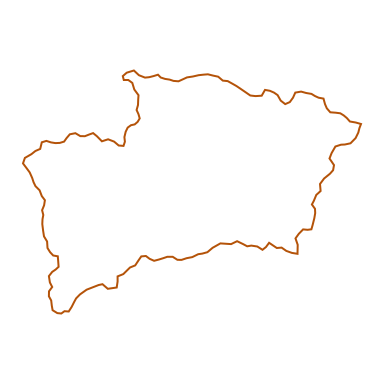 Tombos, Minas Gerais, Brazil (Albers equal-area conic projection)
{"feature_id": "56859067B96158848601307", "entity_name": "Tombos", "entity_type": "district", "adm_level": 2, "iso_a3": "BRA", "parent_name": "Brazil", "parent_adm1": "Minas Gerais", "projection": "albers", "projection_center": [-42.069, -20.891], "detail": "fine", "context": "isolated", "style": "outline", "palette": "amber", "viewbox_px": 384, "rotation_deg": 0, "n_neighbors": 0, "source": "geoboundaries", "source_scale": "gbopen_adm2", "svg_char_len": 2501}
<svg xmlns="http://www.w3.org/2000/svg" viewBox="0 0 384 384"><path d="M68.7,311.5L71.6,307.0L74.2,301.9L76.1,298.4L80.0,294.4L86.6,289.7L98.7,285.0L102.5,284.2L107.8,288.8L116.7,287.5L117.6,281.5L117.6,276.4L123.3,274.1L130.0,267.5L135.2,265.4L138.7,260.1L141.3,256.4L145.9,256.0L149.6,258.8L154.1,260.8L159.0,259.5L163.2,258.2L167.3,256.8L172.7,256.8L177.4,259.8L181.5,259.9L186.6,258.2L192.3,257.1L198.2,254.2L202.3,253.6L207.4,252.2L212.6,247.8L220.4,243.4L231.1,244.1L237.1,241.2L243.1,244.1L247.2,246.3L251.3,245.6L257.3,246.5L262.5,249.8L266.0,247.0L269.1,242.8L276.8,248.0L281.6,247.6L286.3,250.9L291.9,252.9L297.5,253.8L297.7,244.8L295.5,238.4L298.8,233.8L303.1,229.4L307.6,229.8L311.4,229.3L312.6,225.1L314.3,218.3L315.2,213.1L315.0,208.8L311.9,204.5L313.8,200.9L316.3,194.9L320.6,191.0L320.0,184.0L324.1,178.5L330.0,173.7L333.1,170.2L334.0,165.1L329.5,158.5L331.6,153.1L335.4,146.5L341.0,144.7L344.9,144.5L350.5,143.3L355.6,138.1L358.3,132.6L359.4,128.2L361.0,124.0L355.7,122.5L349.9,121.5L346.8,118.0L343.7,115.4L340.3,113.3L335.7,112.7L330.3,112.3L326.8,108.3L325.0,104.1L323.5,98.6L318.6,97.7L314.9,96.0L311.5,93.9L306.2,93.0L301.1,91.6L295.3,92.6L293.0,97.7L289.8,102.1L285.2,104.1L280.7,100.6L277.6,95.1L274.0,92.6L269.9,90.8L265.0,89.9L261.7,95.7L255.5,96.1L250.3,95.5L246.4,92.8L241.3,89.3L236.4,86.0L232.2,83.6L227.7,81.1L222.8,80.6L218.2,76.7L213.1,75.6L207.9,74.3L203.1,74.7L198.6,75.2L192.9,76.5L187.0,77.4L183.1,79.2L178.5,81.3L173.5,80.9L169.6,79.6L165.0,78.9L160.7,77.5L158.0,74.7L153.5,76.1L149.1,77.2L145.0,77.6L138.9,75.2L133.9,70.5L126.7,72.7L122.8,76.1L123.8,80.0L128.3,80.0L132.3,82.9L134.3,89.5L138.5,95.2L138.2,99.5L138.0,105.0L136.6,110.0L138.5,114.2L139.7,118.4L137.6,121.9L134.7,124.4L131.0,125.2L127.7,127.6L125.7,131.7L124.4,137.1L124.9,141.7L123.5,145.9L118.7,145.5L114.1,141.6L108.1,139.3L101.9,141.3L96.9,136.2L93.1,133.1L89.2,134.5L84.9,136.2L80.3,136.1L75.4,133.2L69.8,134.3L66.5,138.2L64.1,141.6L59.8,142.9L55.4,143.1L51.0,142.4L46.4,140.9L41.8,142.3L40.2,148.9L35.4,151.0L31.5,154.1L24.9,157.9L23.0,163.4L26.6,168.2L29.7,172.4L32.2,178.0L33.6,182.3L35.5,186.2L39.6,190.3L41.8,196.1L44.9,200.2L44.1,205.3L42.1,210.2L43.3,215.0L42.5,219.2L42.3,224.1L43.1,230.6L44.0,236.4L47.1,241.5L47.5,248.0L50.1,252.2L53.2,255.5L57.8,256.3L58.2,261.3L58.6,266.8L55.7,269.5L52.2,271.9L48.9,276.1L49.9,282.5L52.2,287.0L49.0,291.3L48.9,296.3L51.2,300.5L51.8,305.7L52.6,310.2L57.3,313.1L61.3,313.5L64.5,311.2L68.7,311.5Z" fill="none" stroke="#b45309" stroke-width="2"/></svg>